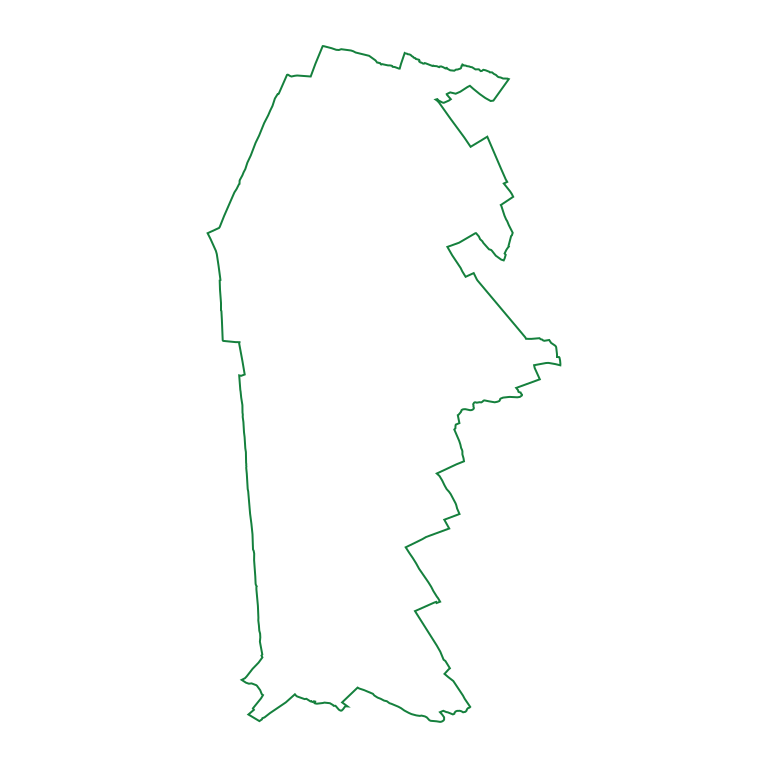 the district of Plugari, Iasi, Romania
{"feature_id": "2599482B58803848767416", "entity_name": "Plugari", "entity_type": "district", "adm_level": 2, "iso_a3": "ROU", "parent_name": "Romania", "parent_adm1": "Iasi", "projection": "natural_earth1", "projection_center": [27.117, 47.485], "detail": "fine", "context": "isolated", "style": "outline", "palette": "green", "viewbox_px": 768, "rotation_deg": 0, "n_neighbors": 0, "source": "geoboundaries", "source_scale": "gbopen_adm2", "svg_char_len": 5993}
<svg xmlns="http://www.w3.org/2000/svg" viewBox="0 0 768 768"><path d="M239.2,375.4L240.3,389.9L240.6,391.6L241.2,397.6L242.4,405.1L242.5,412.7L242.8,414.5L242.7,416.9L243.4,422.0L244.0,432.2L244.6,437.1L245.3,448.3L245.9,452.1L246.1,462.9L246.3,464.1L246.2,465.3L246.4,466.5L246.2,467.7L246.8,473.8L247.7,489.0L248.2,491.4L250.1,513.8L251.4,523.7L252.5,534.4L253.0,549.4L253.7,550.9L254.2,553.7L254.1,560.2L255.3,576.6L255.6,583.6L255.8,584.7L256.7,586.4L256.4,586.8L256.4,589.4L257.9,605.9L258.4,617.7L258.3,620.5L258.9,625.3L259.3,630.7L260.1,633.6L260.3,637.4L259.9,641.7L262.3,654.5L261.5,655.6L262.4,657.4L258.6,662.6L252.6,668.8L246.7,676.4L245.0,678.2L241.7,679.9L246.0,682.7L248.9,683.7L251.6,683.4L256.3,685.2L257.0,685.8L260.2,690.2L261.5,693.5L261.9,694.3L263.0,695.1L261.0,698.4L252.9,708.4L253.9,709.8L248.4,714.5L259.4,721.1L261.9,719.4L262.4,718.2L264.5,717.4L270.0,713.1L285.8,702.4L294.9,694.3L295.8,695.4L297.0,696.4L304.6,699.1L306.4,698.8L310.5,701.4L311.4,701.1L311.8,701.7L312.7,702.0L313.4,701.8L313.9,701.3L315.2,701.6L315.1,702.1L314.5,702.6L314.5,703.1L315.1,703.4L316.9,703.7L322.9,703.0L324.4,702.6L329.9,703.2L333.1,705.1L333.6,705.8L335.5,705.8L338.9,709.7L340.5,710.6L341.6,710.6L343.1,709.2L344.9,706.7L345.9,706.3L347.5,706.4L342.1,702.4L357.6,687.6L359.2,688.5L363.8,690.0L372.9,693.8L374.3,695.5L377.6,697.6L380.7,698.8L384.1,700.6L386.8,701.2L389.5,703.2L391.4,703.8L398.3,706.7L401.1,708.2L404.3,710.5L408.8,712.9L411.5,714.1L416.3,715.4L419.8,715.9L421.5,715.6L424.9,716.4L426.8,717.4L429.4,720.2L430.7,720.8L436.5,721.3L440.2,721.9L441.7,721.6L443.4,720.6L444.1,719.6L444.1,717.3L442.2,714.6L440.0,712.2L443.3,710.8L446.4,712.1L447.7,712.3L452.9,714.4L454.3,713.8L454.6,712.7L455.6,711.5L457.0,710.9L459.8,710.8L461.5,711.3L463.1,712.3L465.4,711.8L466.5,710.7L466.9,709.4L467.9,708.2L469.5,707.6L470.2,706.9L464.7,698.8L463.0,695.6L453.3,681.0L448.4,677.2L444.5,673.9L448.7,669.3L449.9,668.3L445.4,661.0L443.6,659.7L440.3,651.7L436.7,645.4L415.0,611.1L434.4,602.5L436.2,601.9L436.6,603.0L440.1,601.7L438.0,598.1L436.9,596.7L433.4,591.1L431.2,586.8L428.4,582.3L419.1,568.8L416.2,563.5L412.9,558.2L409.6,553.4L405.7,547.3L422.3,539.2L426.1,537.0L449.2,528.5L444.3,519.7L459.5,514.0L457.1,508.5L456.3,505.3L455.6,503.4L450.7,494.1L449.0,491.7L446.7,489.2L444.6,485.5L442.2,480.5L439.5,476.0L436.8,473.5L456.5,464.3L464.0,461.3L463.5,458.2L462.4,454.4L462.4,451.3L462.1,450.1L461.1,447.9L460.4,444.6L459.2,440.9L454.3,429.5L455.4,428.3L455.5,425.8L455.8,424.6L459.4,423.1L457.8,415.2L458.6,414.7L460.9,412.0L460.9,411.5L461.5,410.8L461.6,410.1L462.5,409.5L464.0,409.2L465.5,409.2L470.1,410.2L471.4,410.1L472.6,409.7L473.6,408.8L473.9,408.0L473.4,406.3L473.5,405.8L473.2,404.2L474.1,402.7L474.8,402.3L475.6,402.3L476.8,402.7L479.5,402.2L481.2,402.4L482.3,401.8L483.6,400.6L484.5,400.4L488.9,401.3L494.7,402.3L497.6,401.7L499.3,401.0L499.7,400.5L500.2,399.0L500.6,398.6L503.1,397.6L509.5,396.9L517.5,397.3L519.9,396.9L521.6,395.7L521.9,395.4L522.0,394.7L521.0,393.5L520.6,392.5L519.2,392.2L518.4,391.7L518.1,390.3L516.2,387.9L539.8,379.3L534.7,368.0L534.1,365.2L546.1,363.0L548.5,362.9L555.4,364.1L560.3,365.3L560.4,364.1L560.1,360.6L559.5,357.7L559.1,357.1L557.0,357.0L557.0,354.2L556.2,347.4L555.9,346.5L555.1,345.6L551.1,342.9L549.2,340.0L544.3,340.8L543.1,340.4L542.0,339.5L540.6,339.2L539.5,338.2L531.2,338.9L526.0,338.8L525.4,337.5L520.3,331.4L477.6,280.6L476.9,279.6L473.7,273.1L465.6,276.8L462.3,271.4L460.6,267.9L452.2,255.3L447.4,246.9L459.1,242.7L475.4,233.2L476.1,233.2L478.9,236.5L480.1,239.2L482.3,241.2L483.4,243.0L489.0,249.3L491.0,249.9L491.8,250.6L495.8,255.7L501.2,259.6L503.7,260.4L504.6,258.5L505.7,254.8L504.6,253.5L506.4,249.8L507.7,247.9L508.9,246.5L508.5,246.0L511.1,236.1L511.9,235.3L512.7,232.8L508.8,225.1L507.2,221.2L506.1,219.4L504.5,215.7L501.3,205.8L500.8,205.0L513.2,196.8L511.8,194.0L510.1,191.4L503.8,183.5L507.2,181.9L505.7,179.3L500.9,168.4L487.3,136.7L470.6,146.8L464.3,137.5L450.4,118.6L440.4,104.5L438.8,102.3L437.0,100.5L435.7,99.6L437.3,99.1L438.6,100.5L442.4,102.5L443.8,102.8L448.8,100.6L450.8,99.2L446.8,94.6L446.7,94.1L450.2,92.4L455.7,93.7L460.3,91.7L467.5,87.0L469.9,85.8L473.4,88.9L479.8,94.1L485.3,98.0L490.7,101.0L493.4,100.6L508.8,79.1L507.4,78.6L503.0,78.5L500.7,77.5L498.5,77.1L497.7,76.6L495.9,74.9L494.0,74.0L492.1,72.4L489.7,72.3L489.4,71.8L485.6,70.3L483.3,69.8L481.9,70.9L480.7,71.1L478.8,69.3L475.4,69.4L472.2,67.3L470.2,66.9L469.4,66.5L466.7,66.1L465.8,65.6L464.3,65.5L462.6,64.6L462.5,65.3L462.1,65.1L461.7,65.5L461.0,68.0L460.5,68.5L457.7,69.5L456.0,69.6L454.3,70.7L450.2,70.3L447.1,68.6L446.8,67.9L446.3,67.9L445.9,68.5L445.3,68.4L443.4,67.3L441.1,66.4L439.7,66.6L439.4,67.1L439.0,67.1L436.8,66.2L434.2,66.0L433.2,65.6L432.8,66.0L432.3,65.9L425.6,63.3L424.6,63.1L424.1,63.6L423.1,63.6L421.4,62.6L420.5,62.5L419.2,61.5L419.2,61.3L419.5,60.6L419.1,59.8L415.7,58.9L415.4,58.2L413.6,57.6L413.2,56.9L411.8,56.1L410.6,54.9L409.3,54.4L407.7,54.2L407.0,53.7L405.4,53.4L404.7,53.0L401.0,63.9L399.7,68.6L399.0,68.6L394.7,67.0L392.6,66.8L392.2,66.0L391.5,65.7L389.9,65.4L388.0,65.4L382.0,64.1L381.3,64.5L380.8,64.3L380.1,63.1L379.0,63.0L378.7,62.7L377.2,62.6L375.5,60.4L369.1,55.8L355.6,52.5L353.4,51.3L351.0,50.5L341.2,49.2L338.9,50.0L336.2,49.8L331.6,48.2L323.5,46.1L322.7,46.1L315.4,63.8L310.7,76.5L297.2,75.5L294.7,75.8L291.5,76.5L289.9,75.9L288.2,74.8L287.4,74.7L287.0,74.9L278.8,93.6L278.3,94.1L277.7,94.0L274.9,98.5L272.5,105.9L270.4,110.2L268.2,115.3L264.2,123.0L259.1,135.6L255.6,142.8L250.8,155.4L247.4,162.6L245.3,169.1L243.6,172.3L242.4,175.3L239.9,179.9L239.6,180.8L239.5,183.9L239.0,184.2L236.6,189.0L234.4,192.4L224.1,216.0L219.8,226.8L219.1,227.9L207.6,233.2L210.4,238.7L215.9,250.9L216.8,254.1L218.6,266.1L220.4,279.6L220.4,280.2L219.7,280.5L220.0,289.6L221.0,303.0L221.0,310.5L221.4,311.0L221.9,320.1L222.7,340.2L223.2,340.9L235.4,342.1L239.5,342.2L239.5,342.6L239.2,342.9L239.2,343.7L242.5,361.5L244.7,374.5L241.2,375.8L239.2,375.4Z" fill="none" stroke="#15803d" stroke-width="2"/></svg>